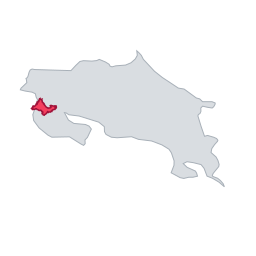 Carrillo, Guanacaste, Costa Rica shown in context, rotated 342°
{"feature_id": "36466004B81157491697278", "entity_name": "Carrillo", "entity_type": "district", "adm_level": 2, "iso_a3": "CRI", "parent_name": "Costa Rica", "parent_adm1": "Guanacaste", "projection": "mercator", "projection_center": [-85.608, 10.481], "detail": "fine", "context": "in_parent", "style": "filled", "palette": "rose", "viewbox_px": 256, "rotation_deg": 342, "n_neighbors": 0, "source": "geoboundaries", "source_scale": "gbopen_adm2", "svg_char_len": 4880}
<svg xmlns="http://www.w3.org/2000/svg" viewBox="0 0 256 256"><g transform="rotate(342 128 128)"><path d="M218.6,131.1L218.3,132.1L217.3,133.2L216.0,134.3L214.2,135.0L209.9,132.8L205.7,130.3L203.4,131.5L202.5,134.7L201.0,136.4L199.0,137.0L198.2,138.1L198.0,149.1L198.2,159.5L201.4,159.7L206.7,163.3L209.0,165.4L209.7,167.4L209.0,168.3L205.1,170.6L201.3,173.5L199.4,177.0L202.8,182.8L203.5,186.7L203.4,190.8L202.4,192.7L195.1,197.4L193.5,199.1L193.7,200.3L197.7,203.5L199.7,206.6L201.3,210.4L201.5,213.7L197.8,207.6L192.7,201.8L188.3,198.2L187.9,189.9L186.2,185.4L179.5,181.2L173.7,178.3L169.5,178.9L172.1,183.7L178.8,189.8L179.3,192.2L179.2,195.3L174.5,194.9L170.5,193.6L165.5,193.2L162.2,191.3L155.2,183.9L160.2,177.7L161.7,173.5L161.6,165.0L160.4,160.8L155.0,154.5L146.4,147.6L134.4,142.0L128.7,137.4L114.6,133.9L109.3,131.6L105.1,127.3L104.5,124.2L105.9,119.4L102.0,113.4L85.2,101.5L75.8,97.1L73.8,94.5L72.3,93.7L73.8,102.0L77.9,106.9L88.6,111.5L91.6,114.2L92.8,117.7L86.5,124.4L83.4,126.1L82.4,129.7L80.4,130.8L78.3,128.7L69.6,118.3L52.7,113.2L49.7,110.1L43.5,100.5L40.6,91.8L41.6,85.9L48.5,76.8L50.7,72.9L50.2,70.4L50.5,66.8L47.9,64.3L41.5,61.0L37.4,58.4L38.5,57.1L45.8,53.6L46.3,50.4L46.3,49.3L47.5,49.1L48.5,48.3L49.2,47.4L51.2,44.3L52.9,42.6L55.0,42.3L57.4,43.6L66.6,46.9L76.9,50.6L91.5,55.8L97.6,52.4L102.8,49.9L106.4,50.2L114.3,53.2L119.0,54.2L121.9,53.9L126.9,58.2L129.7,61.5L130.1,63.7L131.7,64.9L135.6,65.1L145.1,67.4L151.0,66.9L156.3,64.6L159.3,61.8L160.2,57.3L161.5,59.5L163.1,63.0L163.8,67.4L170.7,82.2L176.2,90.5L188.2,105.6L193.4,108.3L202.2,120.5L205.2,122.5L207.0,126.0L216.1,129.0L218.6,131.1Z" fill="#d9dde1" stroke="#a8b0b8" stroke-width="1"/><path d="M65.3,86.3L65.3,86.2L65.9,86.3L66.0,86.5L66.1,86.4L65.9,86.2L66.0,86.2L66.3,85.9L66.3,85.7L66.2,85.6L66.3,85.6L66.5,85.4L66.6,85.2L66.5,85.3L66.3,85.2L66.2,85.2L66.4,84.9L66.2,84.8L66.1,84.6L65.7,84.6L65.3,84.7L65.1,84.7L64.9,84.7L64.7,84.3L64.7,84.2L64.2,84.2L63.6,84.0L63.4,83.9L63.3,83.7L63.1,83.6L62.9,83.5L62.8,83.4L62.6,83.4L62.3,83.2L62.2,83.1L62.0,82.8L61.9,82.8L61.7,82.7L61.1,82.7L60.9,82.8L61.0,83.0L61.1,83.3L61.1,83.5L60.9,83.9L60.9,84.0L61.2,84.3L61.1,84.6L60.9,84.7L60.7,84.8L60.4,84.8L60.2,84.6L59.8,84.7L59.5,84.7L59.1,84.6L58.8,84.5L58.6,84.5L58.3,84.6L58.1,84.6L58.0,84.4L58.1,84.1L57.7,83.8L57.6,83.7L57.4,83.6L57.1,83.4L56.9,83.2L56.8,82.8L56.6,82.6L56.4,82.3L56.3,82.0L56.3,81.7L56.1,81.3L56.0,80.9L55.7,80.5L55.7,80.2L55.6,79.9L55.8,79.7L55.8,79.3L55.7,79.1L55.4,79.1L55.1,78.8L55.1,78.7L55.4,78.3L55.4,78.2L55.2,78.1L55.1,77.9L55.0,77.6L54.8,77.3L54.7,77.1L54.5,76.9L54.6,76.7L54.7,76.4L54.6,76.2L54.8,75.8L54.8,75.6L54.7,75.5L54.6,75.4L54.6,75.2L54.6,74.7L55.1,74.0L53.6,73.9L53.4,73.7L53.3,73.4L53.3,73.2L53.5,72.8L53.1,72.8L52.8,73.1L52.7,73.1L52.6,73.3L52.7,73.5L52.4,73.7L52.2,73.9L51.9,74.0L51.8,74.4L51.7,74.6L51.4,74.6L51.3,74.8L51.4,75.1L51.2,75.3L50.8,75.4L50.7,75.1L50.4,75.3L50.1,75.2L49.9,75.3L49.7,75.3L49.7,75.5L49.8,75.5L49.8,75.8L49.9,76.0L49.7,76.3L49.4,76.3L48.9,76.2L48.7,76.2L48.6,76.3L48.6,76.5L48.8,76.5L49.0,76.6L49.1,76.8L49.1,77.0L48.7,77.4L48.6,77.5L48.4,77.5L48.3,77.4L48.1,77.2L47.9,77.1L47.8,77.3L47.7,77.4L47.7,77.5L47.2,77.7L47.1,77.8L46.9,77.8L46.7,77.9L46.7,78.0L46.4,78.3L46.1,78.4L45.7,78.6L45.3,78.4L45.0,78.0L44.9,77.9L44.8,78.0L44.7,78.0L44.6,77.9L44.3,77.9L44.3,78.2L44.2,78.2L44.1,78.3L44.2,78.5L44.0,78.9L43.9,78.9L43.7,78.9L43.7,79.0L43.8,79.1L43.7,79.3L43.3,79.2L43.2,79.2L43.1,79.3L42.9,79.4L42.8,79.5L42.7,79.5L42.7,79.4L42.5,79.5L42.8,79.7L43.0,79.8L43.2,80.0L43.2,80.3L43.0,80.5L43.4,80.6L43.5,80.7L43.5,80.9L43.3,81.1L43.5,81.2L43.8,81.0L44.1,81.0L44.3,81.0L44.5,81.1L44.8,81.4L45.0,81.4L45.4,81.4L45.5,81.4L45.9,81.3L45.9,81.2L46.1,81.1L46.3,81.2L46.9,81.4L47.0,81.7L47.1,82.0L47.2,82.3L47.4,82.4L47.7,82.6L47.9,82.7L48.4,83.1L48.5,83.2L48.6,83.6L48.9,83.9L49.0,83.9L49.2,84.0L49.3,84.0L50.2,84.0L50.4,84.1L50.6,84.3L50.7,84.7L50.9,84.8L51.0,84.8L51.0,85.3L51.0,85.5L51.3,85.8L51.5,85.8L51.8,86.0L51.9,86.4L51.9,86.7L51.8,86.8L51.7,86.9L51.5,87.0L51.3,87.0L50.9,87.2L50.9,87.3L50.7,87.7L50.7,87.9L50.8,88.0L51.0,88.1L51.3,88.3L51.3,88.5L51.3,88.8L51.4,89.1L51.4,89.3L51.7,89.5L51.8,89.6L52.0,89.7L52.4,89.8L52.5,89.9L52.7,89.7L52.8,89.6L53.1,89.4L53.5,89.4L54.1,89.3L54.5,89.1L54.8,89.0L54.9,88.9L55.0,88.8L55.2,88.6L55.5,88.6L55.8,88.5L55.9,88.4L56.1,88.3L56.2,88.1L56.2,87.9L56.3,87.8L56.4,88.0L56.5,88.1L56.8,88.0L57.0,88.3L57.1,88.1L57.3,88.4L57.7,88.4L57.7,88.5L57.8,88.5L58.0,88.5L58.4,88.5L59.0,88.7L59.2,88.9L59.4,88.9L59.6,88.8L59.8,88.7L60.0,88.6L60.4,88.4L60.6,88.5L60.6,88.4L60.5,88.2L61.0,88.1L61.3,88.0L61.2,87.8L61.4,87.7L61.5,87.6L61.8,87.6L62.2,87.5L63.2,87.5L63.3,87.6L63.6,87.5L64.0,87.5L64.3,87.7L64.5,87.5L64.7,87.4L64.8,87.3L64.8,87.1L65.0,87.0L64.9,86.9L64.9,86.7L65.1,86.6L64.9,86.5L64.9,86.4L65.0,86.4L65.1,86.5L65.2,86.4L65.2,86.2L65.3,86.3Z" fill="#f43f5e" stroke="#9f1239" stroke-width="1.5"/></g></svg>